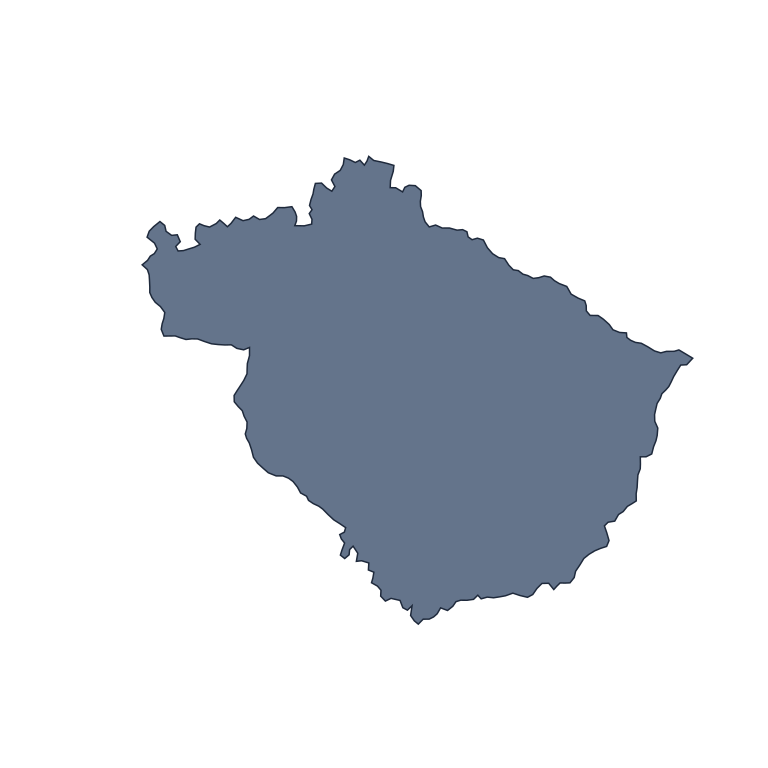 outline of Iguatama, Minas Gerais, Brazil, rotated 296°
{"feature_id": "56859067B53115482871784", "entity_name": "Iguatama", "entity_type": "district", "adm_level": 2, "iso_a3": "BRA", "parent_name": "Brazil", "parent_adm1": "Minas Gerais", "projection": "orthographic", "projection_center": [-45.749, -20.135], "detail": "fine", "context": "isolated", "style": "filled", "palette": "slate", "viewbox_px": 768, "rotation_deg": 296, "n_neighbors": 0, "source": "geoboundaries", "source_scale": "gbopen_adm2", "svg_char_len": 3891}
<svg xmlns="http://www.w3.org/2000/svg" viewBox="0 0 768 768"><g transform="rotate(296 384 384)"><path d="M582.3,284.1L580.4,276.8L581.9,270.5L576.9,271.0L572.1,270.4L574.6,264.2L570.5,261.1L570.5,254.9L569.7,249.2L563.4,251.2L556.8,251.0L551.0,247.6L544.4,247.3L540.0,253.3L534.4,252.6L535.0,246.6L537.2,239.8L534.2,234.4L528.1,235.6L523.7,236.9L517.9,237.5L511.8,238.8L509.1,242.9L504.4,242.1L500.4,247.1L496.0,248.9L491.2,243.0L487.2,234.4L492.1,233.9L496.3,232.0L499.6,228.7L503.0,223.5L498.8,217.1L496.0,211.1L489.0,209.3L484.8,207.2L480.7,205.1L477.3,200.0L477.8,193.1L472.9,190.6L469.0,185.7L468.8,177.6L461.3,176.1L456.7,174.3L458.1,169.6L459.4,164.5L454.7,162.9L448.6,158.4L447.4,152.8L447.1,147.9L442.6,146.3L436.9,148.3L431.3,150.8L428.9,157.5L423.8,153.6L419.9,149.4L416.0,145.3L413.3,140.6L416.3,136.5L422.6,138.5L427.5,132.8L424.5,128.0L425.7,121.2L430.4,117.4L431.8,111.4L424.5,108.0L418.4,106.0L412.1,106.7L410.0,116.0L406.0,121.0L400.5,120.4L396.5,117.9L391.5,117.3L385.1,114.4L383.1,121.2L379.1,125.1L374.7,127.6L368.5,131.0L363.5,133.4L360.0,137.5L357.1,142.7L355.6,149.1L352.2,155.6L346.4,157.4L340.9,158.2L335.5,159.8L330.6,165.2L333.1,170.1L335.7,175.3L336.2,180.0L337.2,186.5L340.3,191.4L342.8,196.8L343.5,204.0L344.5,211.3L346.7,217.5L349.4,224.0L352.3,229.6L351.5,236.1L353.2,242.9L357.9,247.1L350.5,250.7L342.5,252.2L337.7,254.3L333.1,256.4L325.7,256.4L319.0,255.6L313.6,254.9L308.0,254.3L302.4,257.2L299.8,262.9L297.9,268.3L293.7,272.4L289.8,277.6L283.9,280.2L278.3,281.2L274.9,284.4L272.0,288.7L266.7,293.9L260.9,298.8L257.4,305.1L255.2,312.6L253.5,318.9L254.1,327.3L257.1,333.5L257.5,339.4L256.5,345.0L253.4,351.4L249.5,356.8L249.2,363.6L246.3,367.2L245.5,372.9L245.6,378.9L244.7,383.8L242.2,390.8L239.9,398.3L239.1,405.5L238.1,412.5L233.5,413.3L229.3,410.2L226.1,413.5L223.8,418.3L216.5,419.0L211.1,419.8L209.9,425.2L215.2,427.5L220.1,425.7L224.7,427.3L220.4,434.6L212.5,436.9L215.3,441.3L216.5,448.8L210.0,451.5L210.4,457.4L204.6,459.1L199.9,459.9L199.5,466.7L197.3,471.7L191.9,474.0L189.5,480.4L194.4,484.3L196.5,493.3L191.2,499.0L191.0,504.2L197.0,506.4L187.6,509.4L184.4,515.1L183.2,520.1L189.8,522.3L192.5,527.7L196.4,530.7L200.7,532.5L207.6,533.0L208.3,540.4L214.4,543.3L219.9,544.1L223.3,547.7L226.0,553.4L229.7,558.9L235.3,560.9L233.5,565.5L237.7,570.2L239.9,576.2L243.5,581.4L246.9,586.0L252.5,591.5L253.5,598.9L255.2,606.5L260.0,610.0L267.3,611.1L274.0,613.4L277.1,619.4L273.7,626.7L278.2,628.0L282.4,629.5L284.4,633.9L286.8,638.3L293.4,639.8L299.7,638.3L307.5,639.4L314.8,640.1L320.8,642.9L326.4,646.5L331.2,650.7L335.6,655.3L341.9,654.9L348.0,649.4L353.1,644.3L358.0,646.0L361.9,651.5L369.5,652.0L374.2,654.9L380.7,656.4L385.4,659.5L389.5,662.0L396.0,658.7L401.9,656.9L407.8,654.4L413.5,652.1L420.1,651.5L424.4,649.6L430.9,646.3L433.5,651.5L438.5,655.3L445.8,653.8L452.3,653.3L457.5,652.1L464.4,649.4L469.2,643.7L475.1,640.6L480.5,639.3L486.2,638.0L492.2,638.6L497.1,638.0L501.9,639.8L506.6,641.1L511.9,641.2L517.7,641.1L524.7,641.7L531.1,642.4L534.0,647.6L542.5,650.2L543.2,642.5L543.9,634.1L540.6,630.5L537.1,623.5L533.3,619.1L532.3,612.6L533.1,604.6L533.4,597.4L531.6,591.7L531.4,586.5L532.3,581.9L536.2,579.5L533.6,573.1L533.1,566.0L536.2,560.4L538.4,552.8L539.4,546.4L536.0,539.2L538.4,533.8L543.1,531.4L546.7,528.0L546.3,520.9L546.8,512.8L551.8,505.5L551.1,497.4L551.6,491.8L553.0,486.8L551.3,480.6L547.4,476.5L544.3,471.8L544.5,465.6L543.6,460.7L544.8,455.0L543.3,450.1L545.5,444.1L549.5,437.4L547.9,431.7L548.7,424.5L551.8,417.2L557.0,410.2L556.0,404.0L552.3,399.9L553.1,395.1L557.2,391.8L557.2,387.0L554.3,382.2L552.9,374.5L549.7,368.0L549.5,360.7L545.0,355.8L547.8,349.8L551.4,346.2L555.8,343.1L559.5,339.1L564.1,336.6L569.7,334.9L574.1,332.6L576.0,325.2L573.6,319.4L569.9,316.5L564.8,316.5L565.5,308.5L563.2,303.5L569.9,300.6L579.2,299.1L584.8,297.1L583.7,290.5L582.3,284.1Z" fill="#64748b" stroke="#1e293b" stroke-width="1.5"/></g></svg>